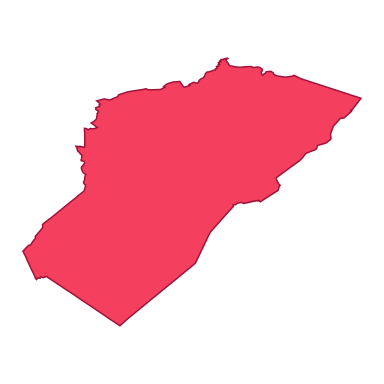 Litenes pag., Gulbene, Latvia (Natural Earth projection)
{"feature_id": "27541924B1049309214592", "entity_name": "Litenes pag.", "entity_type": "district", "adm_level": 2, "iso_a3": "LVA", "parent_name": "Latvia", "parent_adm1": "Gulbene", "projection": "natural_earth1", "projection_center": [27.027, 57.173], "detail": "fine", "context": "isolated", "style": "filled", "palette": "rose", "viewbox_px": 384, "rotation_deg": 0, "n_neighbors": 0, "source": "geoboundaries", "source_scale": "gbopen_adm2", "svg_char_len": 5496}
<svg xmlns="http://www.w3.org/2000/svg" viewBox="0 0 384 384"><path d="M220.1,60.8L219.6,61.2L219.7,61.6L219.5,61.9L219.8,62.0L219.2,62.2L218.8,62.4L218.6,62.5L218.8,62.7L219.0,62.9L218.8,63.1L218.9,63.3L218.9,63.9L219.4,63.9L219.6,64.1L219.7,64.4L219.1,64.4L218.6,64.5L218.3,64.5L218.2,64.8L218.4,64.9L218.7,65.5L218.5,65.9L218.5,66.0L218.4,66.1L218.1,66.1L217.7,66.4L217.5,66.5L217.2,66.3L216.9,66.4L216.5,66.5L216.7,66.9L217.2,67.1L217.2,67.3L216.9,67.6L217.0,68.0L216.9,68.1L217.0,68.2L216.6,68.5L216.4,68.8L216.1,68.7L215.6,68.8L215.2,69.1L215.0,69.9L215.0,70.0L213.9,70.1L213.5,70.4L212.3,70.7L211.8,70.9L208.6,71.9L207.4,72.0L206.7,72.2L206.5,72.4L205.6,73.4L205.4,73.7L205.4,74.6L205.0,75.2L203.4,77.7L202.6,78.2L201.2,78.7L199.1,80.4L199.0,80.6L198.5,82.2L197.7,82.8L197.6,83.1L196.3,83.0L195.3,82.7L193.5,82.3L189.1,84.5L189.9,85.4L184.3,87.2L183.2,86.4L179.8,81.4L176.5,81.8L174.1,81.8L169.0,83.2L166.4,84.3L163.7,86.5L164.8,87.2L160.4,89.5L160.0,89.5L157.8,89.6L157.1,89.6L149.9,89.8L148.1,89.8L147.9,89.7L146.6,88.9L146.1,88.8L144.6,89.0L143.8,89.3L127.8,91.8L118.7,94.8L117.4,96.8L110.0,99.9L109.2,100.0L104.3,98.9L96.7,100.9L98.6,102.4L99.1,102.9L100.0,103.9L100.3,104.1L99.1,104.9L99.7,106.3L95.6,107.8L96.0,109.7L98.4,111.1L98.2,111.3L97.8,112.6L97.4,113.2L97.5,113.2L96.9,115.9L96.5,118.8L95.2,120.2L93.9,121.3L91.2,123.0L97.3,127.5L94.0,128.7L91.5,128.8L90.3,128.4L89.3,129.0L88.4,129.8L86.4,128.6L84.4,128.3L84.6,132.2L84.7,134.6L84.8,140.2L84.7,147.2L84.2,147.3L80.2,146.4L80.3,146.8L76.0,146.2L76.8,147.7L77.4,149.2L77.3,149.3L77.6,149.9L77.4,150.0L77.6,150.2L77.7,150.6L77.8,150.9L77.9,151.1L77.9,151.5L78.0,151.6L78.4,151.8L79.1,152.0L79.2,152.3L79.4,152.5L79.6,152.7L79.8,152.8L80.0,153.6L80.2,153.9L80.5,154.1L80.9,154.4L81.5,154.6L81.6,155.1L81.7,155.5L81.7,155.8L81.9,156.3L81.7,156.8L81.7,157.7L81.5,158.8L81.1,159.8L81.0,160.0L81.2,160.7L81.3,160.8L83.0,161.0L84.0,161.4L84.2,161.6L84.7,162.3L84.7,162.7L84.5,162.9L84.4,163.4L83.8,164.3L83.4,164.6L83.4,164.8L83.3,165.2L83.6,165.4L83.6,165.8L83.0,165.7L82.5,165.9L82.0,166.3L81.7,166.7L81.6,167.3L81.3,167.8L81.4,168.6L81.5,168.9L81.8,169.7L82.6,171.6L83.0,172.3L83.8,173.2L84.3,173.6L85.5,174.1L85.8,174.3L85.9,174.7L85.8,174.8L85.3,175.4L85.1,175.8L84.7,177.3L84.7,178.4L84.7,179.2L84.4,180.0L84.2,180.8L83.7,181.8L83.5,182.5L83.6,183.0L83.8,183.4L84.3,184.0L85.2,185.0L85.6,185.9L83.8,191.5L82.2,192.4L78.9,195.1L77.4,196.4L73.4,199.7L70.7,201.8L50.7,218.1L48.9,219.3L42.5,224.4L42.5,224.5L42.6,225.3L42.6,226.9L42.4,228.0L39.9,231.0L35.2,236.4L35.5,238.4L33.3,240.7L30.5,245.0L28.8,245.2L26.4,247.5L23.9,250.2L23.5,251.2L23.0,251.2L23.6,252.6L25.1,255.5L26.2,257.8L27.5,261.1L29.1,264.2L29.6,265.5L31.9,270.5L32.1,270.6L35.3,277.3L35.1,277.3L35.3,278.2L36.7,279.6L36.9,279.4L36.9,278.6L37.1,278.2L37.4,278.0L37.8,277.9L38.2,277.9L38.4,277.9L39.1,278.2L39.6,278.3L39.8,278.3L40.2,278.1L40.3,277.9L40.5,277.3L40.5,277.1L40.7,276.9L41.0,276.8L41.7,276.9L42.5,277.5L43.1,277.6L44.2,277.3L45.2,276.9L46.0,276.6L46.8,276.5L46.9,276.8L50.1,279.0L67.8,290.8L69.7,292.0L69.9,292.1L78.8,298.1L79.0,298.3L84.4,301.9L84.5,302.0L104.8,315.6L107.7,317.7L110.6,319.6L119.9,325.8L127.8,318.7L148.7,301.5L185.5,271.4L195.2,263.4L196.8,260.2L206.4,240.2L208.0,236.7L210.3,232.2L229.2,210.9L229.3,210.9L233.4,206.4L233.5,205.8L233.1,204.9L235.5,204.7L237.0,203.5L238.0,203.1L239.0,202.9L241.6,202.5L243.7,203.5L250.3,202.1L250.2,201.9L251.1,201.4L252.0,201.7L252.3,201.6L252.6,201.2L253.0,201.2L253.5,201.5L253.9,201.3L254.3,201.0L254.6,201.0L255.2,201.1L255.6,201.1L255.8,201.0L255.9,200.8L256.2,200.6L256.9,200.7L257.2,200.8L257.6,201.0L257.9,201.0L258.3,200.7L258.4,200.2L258.5,200.2L259.9,201.6L260.3,201.8L268.9,196.2L277.8,190.6L278.3,189.8L279.2,186.6L279.7,185.6L280.1,185.5L280.1,185.3L280.1,185.2L279.3,184.6L278.3,183.2L276.7,180.0L276.1,178.5L276.2,178.1L276.9,177.3L289.5,168.0L299.6,160.7L302.1,158.2L305.9,153.5L306.1,153.3L310.1,151.7L313.5,150.4L315.1,149.8L315.6,149.5L316.6,148.6L317.4,146.0L317.4,145.7L318.0,145.3L324.9,143.4L325.9,143.0L328.6,141.1L329.9,140.0L331.0,138.8L331.0,138.5L330.9,137.5L330.6,134.2L330.6,133.8L331.0,132.8L333.2,126.4L339.5,119.4L340.3,118.4L340.5,118.2L340.8,118.2L343.6,118.1L344.0,118.0L351.1,111.7L350.9,111.6L350.7,111.2L350.7,110.9L350.9,110.8L351.6,110.8L351.7,110.6L351.3,110.3L351.2,109.9L351.8,109.7L352.1,109.8L361.0,98.3L300.9,78.7L293.9,75.3L293.7,75.7L293.3,76.0L285.9,77.1L285.1,77.1L283.2,76.9L279.1,76.2L277.6,76.1L277.1,76.0L276.1,75.4L274.9,74.9L274.5,74.8L274.0,74.4L273.8,74.0L273.3,73.0L273.0,72.7L272.6,72.4L271.8,72.0L271.2,71.5L270.5,71.3L269.7,71.4L269.4,71.5L267.9,71.6L266.6,71.6L266.3,71.7L266.1,72.0L265.4,72.9L265.3,73.2L265.0,73.5L263.8,74.1L263.2,74.6L262.8,75.2L262.6,75.3L262.2,74.6L261.6,73.8L261.2,72.9L261.2,72.6L261.3,72.1L261.5,71.9L262.2,70.8L262.4,70.2L262.5,69.9L262.4,69.7L262.2,69.2L261.8,68.8L260.9,68.3L260.0,67.6L259.5,67.3L259.0,67.2L257.7,67.0L256.2,67.1L254.9,67.4L254.3,67.5L253.1,67.3L251.2,66.6L249.8,66.5L245.0,66.8L241.0,67.2L237.8,67.2L236.5,66.9L235.0,66.9L233.5,66.4L232.2,66.1L230.8,66.1L230.0,65.7L229.7,65.5L229.1,65.0L228.6,64.4L227.8,62.8L226.8,61.6L226.3,61.0L226.0,60.7L225.9,60.4L226.0,60.1L226.5,59.4L227.1,58.9L227.9,58.6L227.5,58.3L227.2,58.2L226.5,58.4L225.8,58.4L225.3,58.8L224.2,58.8L223.5,59.2L223.1,59.7L222.9,59.7L222.7,59.7L222.1,59.5L221.2,59.4L221.0,59.7L221.2,60.0L220.9,60.1L221.0,60.4L221.1,60.6L220.7,60.8L220.4,60.9L220.2,60.7L220.1,60.8Z" fill="#f43f5e" stroke="#9f1239" stroke-width="1.5"/></svg>